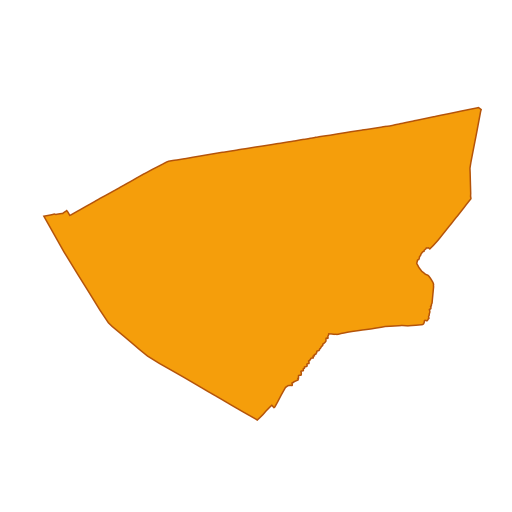 Tinh Bien, An Giang, Vietnam (Natural Earth projection), rotated 274°
{"feature_id": "81297802B35428568609668", "entity_name": "Tinh Bien", "entity_type": "district", "adm_level": 2, "iso_a3": "VNM", "parent_name": "Vietnam", "parent_adm1": "An Giang", "projection": "natural_earth1", "projection_center": [105.002, 10.557], "detail": "fine", "context": "isolated", "style": "filled", "palette": "amber", "viewbox_px": 512, "rotation_deg": 274, "n_neighbors": 0, "source": "geoboundaries", "source_scale": "gbopen_adm2", "svg_char_len": 6008}
<svg xmlns="http://www.w3.org/2000/svg" viewBox="0 0 512 512"><g transform="rotate(274 256 256)"><path d="M280.9,41.6L246.6,64.2L242.6,67.1L225.5,79.3L208.7,91.5L191.4,103.9L179.1,113.4L175.7,117.4L166.7,129.9L157.5,142.4L155.3,145.3L148.6,154.8L142.1,167.1L136.0,179.9L129.9,192.6L123.7,205.1L117.5,217.5L111.4,230.1L105.2,242.5L99.2,254.8L93.3,267.2L92.4,268.7L93.1,269.3L94.9,271.0L98.3,274.0L102.2,276.9L105.6,279.8L106.2,280.3L108.2,282.2L107.7,282.8L107.1,283.3L106.0,284.5L106.7,285.3L111.6,287.6L119.2,290.9L123.0,292.7L127.2,294.7L127.4,295.3L127.9,295.8L128.3,296.2L128.5,296.6L128.9,297.0L129.0,297.4L129.3,299.2L129.3,300.1L129.3,300.7L129.4,301.1L129.6,301.2L130.0,301.2L130.7,301.1L131.6,300.7L131.9,300.8L132.1,301.1L132.2,301.4L132.4,302.1L132.5,302.3L133.0,302.3L134.8,305.7L135.1,306.4L135.2,306.5L135.4,306.6L135.6,306.7L136.3,306.6L136.8,306.3L137.0,306.9L137.6,306.9L138.9,306.8L139.5,306.7L139.8,306.9L140.0,307.5L140.1,308.3L140.2,309.0L140.5,309.4L142.1,309.4L143.1,309.2L143.6,308.9L143.8,308.9L144.1,308.9L144.3,309.1L144.5,309.6L144.6,310.3L144.8,311.0L145.0,311.2L145.7,311.2L146.4,311.0L146.7,311.0L146.9,311.2L147.4,312.1L148.7,312.1L148.9,312.6L149.0,313.2L149.4,314.2L149.8,314.6L150.6,314.6L151.1,314.4L151.4,314.3L151.8,314.4L152.1,314.8L152.5,316.3L153.1,316.4L154.0,316.1L154.5,315.9L154.9,315.8L155.1,316.0L155.3,316.3L155.3,316.6L155.4,316.8L155.7,317.0L156.2,317.0L156.4,317.1L156.6,317.4L156.7,317.6L157.1,317.7L157.4,317.7L157.7,317.9L157.9,318.4L158.1,318.9L158.2,319.8L158.2,320.1L158.3,320.2L158.5,320.3L159.7,319.9L160.0,319.9L160.2,320.1L160.3,320.4L160.4,320.9L160.4,321.2L160.5,321.3L160.9,321.1L161.3,321.0L161.5,321.0L162.0,321.6L162.2,322.4L162.3,322.6L162.5,322.7L163.0,322.7L163.8,323.3L165.1,323.3L165.3,323.4L165.6,324.0L165.8,324.5L165.9,325.0L166.1,325.4L166.5,325.6L166.8,325.8L167.3,325.9L167.8,326.0L168.0,326.1L168.1,326.3L168.2,326.5L168.3,326.7L168.5,326.8L168.9,326.9L169.3,327.2L170.0,327.4L170.3,327.6L170.5,327.7L170.6,327.9L170.8,328.2L170.9,328.4L171.3,328.7L171.7,328.8L172.8,328.8L173.1,329.2L173.3,329.6L173.5,329.8L173.8,330.0L174.6,330.8L175.8,331.6L176.1,331.7L176.4,331.7L177.2,331.6L178.4,331.6L178.9,331.7L179.0,331.8L178.9,332.5L178.8,333.1L178.9,333.4L179.1,333.5L179.9,333.5L180.2,333.3L180.6,333.3L181.0,333.3L181.4,333.5L181.7,333.7L182.4,333.9L182.8,333.9L183.0,334.0L183.4,334.0L183.5,336.8L183.3,339.3L183.5,341.1L183.4,342.2L183.6,343.2L183.8,344.0L184.6,346.2L184.9,347.3L185.2,348.6L185.4,349.4L186.4,352.8L187.5,357.5L188.8,363.7L189.7,367.7L190.2,370.4L191.3,376.0L192.4,380.4L193.7,386.1L194.7,389.8L195.3,394.8L196.0,400.3L196.6,404.7L196.9,406.2L196.9,409.4L196.9,412.3L197.4,415.4L198.1,420.5L199.1,426.5L199.3,427.0L199.7,427.6L200.2,428.0L200.9,428.2L201.4,428.4L202.8,428.5L203.1,428.5L203.4,428.7L203.6,429.1L203.6,429.9L203.3,430.3L203.3,431.1L203.7,431.5L204.6,432.0L205.0,432.1L205.6,432.7L206.0,432.9L206.4,432.8L206.8,432.5L207.2,432.4L207.6,432.4L208.0,432.5L208.6,432.8L209.4,432.9L210.5,432.9L211.4,433.2L212.4,433.3L213.2,433.2L214.5,432.7L214.8,432.7L215.1,433.0L215.2,433.6L215.6,434.0L216.0,434.1L216.7,434.1L217.6,433.8L217.9,433.7L218.1,433.9L218.3,434.3L218.5,434.4L219.8,434.4L220.6,434.6L221.3,434.9L237.7,435.3L238.5,435.1L240.1,435.1L241.0,434.8L242.2,434.2L243.8,433.1L245.9,431.6L248.0,429.8L248.8,428.8L249.1,427.9L249.4,426.8L249.7,426.2L250.3,425.3L250.6,425.0L251.0,424.4L251.8,423.2L252.1,422.6L255.1,420.0L256.2,419.1L257.1,418.6L258.8,417.5L259.6,416.9L260.3,416.9L262.2,417.3L262.8,417.3L263.1,417.4L263.4,417.6L263.6,418.1L263.7,418.4L263.8,418.6L264.1,418.7L264.3,418.8L265.1,419.0L265.8,419.1L266.2,419.1L266.5,419.1L266.9,419.3L267.3,419.6L267.5,419.8L267.8,420.0L268.2,420.2L269.0,420.3L269.4,420.5L270.4,421.1L270.9,421.4L271.7,421.9L272.0,422.3L272.2,422.8L272.2,423.0L272.3,423.2L272.4,423.3L272.8,423.3L273.1,423.3L273.4,423.4L273.8,423.7L274.9,424.9L275.8,425.3L276.0,425.9L275.9,426.7L276.2,427.5L275.2,428.9L279.2,432.4L284.6,436.6L299.0,446.5L302.2,448.8L305.4,450.9L308.6,453.1L310.0,454.2L311.8,455.4L318.6,460.0L322.0,462.2L326.5,465.3L328.1,466.4L329.9,466.1L330.0,465.9L333.4,465.8L354.0,463.8L358.5,463.3L364.2,463.8L370.1,464.5L381.5,465.9L393.5,467.4L415.9,470.0L417.8,470.4L419.6,467.6L419.1,466.0L416.8,457.5L416.2,455.4L415.6,453.2L415.0,451.0L414.5,449.2L414.1,447.9L412.6,442.6L411.3,438.0L411.0,436.9L410.5,435.0L410.2,433.9L409.9,432.8L409.6,431.6L408.0,426.0L407.5,424.6L407.3,423.4L406.8,421.7L405.3,416.5L403.4,409.8L402.7,407.3L402.5,406.6L402.3,405.7L402.1,405.0L402.1,404.8L401.5,403.2L400.8,400.5L400.4,399.1L399.6,396.1L398.5,392.6L398.2,391.1L397.6,389.4L396.9,386.5L396.8,386.2L396.6,385.5L396.4,384.9L396.2,384.3L395.9,383.5L395.0,380.2L394.5,377.7L394.4,376.6L393.7,373.4L393.3,372.2L391.4,363.9L390.7,360.9L389.9,357.3L389.2,353.5L388.9,352.7L386.6,342.0L385.3,336.7L383.5,328.9L382.9,326.5L381.6,321.3L380.9,317.7L380.1,313.9L379.5,311.1L378.7,308.4L378.6,306.9L378.4,306.8L378.3,306.6L377.4,303.0L377.2,301.8L376.7,300.2L375.8,296.5L375.6,294.9L375.0,292.4L373.5,286.8L373.3,285.6L372.7,283.3L372.0,279.9L371.2,276.6L370.1,272.2L369.6,269.4L368.4,264.6L367.6,261.2L366.0,254.2L364.6,247.6L362.7,239.8L362.2,237.6L361.6,234.6L360.7,230.7L360.5,230.3L359.7,227.0L358.8,222.9L357.3,216.6L357.1,215.0L353.1,198.5L351.7,192.8L350.2,186.5L349.0,181.9L348.3,179.2L347.9,177.2L346.3,170.6L345.6,166.9L344.5,162.4L343.6,160.4L340.3,155.1L339.8,154.3L337.1,149.8L335.2,146.6L330.5,139.3L330.2,138.6L325.8,131.9L325.1,130.9L321.1,125.0L320.3,123.7L319.8,122.9L315.8,116.8L315.1,115.7L314.6,115.1L309.9,107.8L309.6,107.4L304.9,100.1L304.5,99.4L302.3,95.9L302.1,95.7L301.4,94.7L299.8,92.2L299.1,91.3L294.2,83.8L293.9,83.3L289.6,76.9L288.6,75.3L284.2,68.7L283.6,67.6L283.5,67.4L286.5,65.4L288.1,64.0L287.6,63.5L286.6,62.1L285.1,60.3L284.9,60.2L284.9,59.7L284.8,59.3L284.8,58.9L284.6,58.1L283.8,54.6L283.5,53.7L283.5,53.1L283.6,52.6L283.8,52.0L283.6,51.3L283.1,49.9L282.4,47.5L280.9,41.6Z" fill="#f59e0b" stroke="#b45309" stroke-width="1.5"/></g></svg>